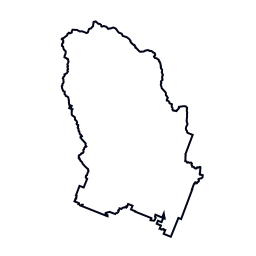 Dungog, New South Wales, Australia (Albers equal-area conic projection), rotated 12°
{"feature_id": "25037944B39236446518145", "entity_name": "Dungog", "entity_type": "district", "adm_level": 2, "iso_a3": "AUS", "parent_name": "Australia", "parent_adm1": "New South Wales", "projection": "albers", "projection_center": [151.601, -32.347], "detail": "fine", "context": "isolated", "style": "outline", "palette": "ink", "viewbox_px": 256, "rotation_deg": 12, "n_neighbors": 0, "source": "geoboundaries", "source_scale": "gbopen_adm2", "svg_char_len": 5707}
<svg xmlns="http://www.w3.org/2000/svg" viewBox="0 0 256 256"><g transform="rotate(12 128 128)"><path d="M46.4,61.5L47.2,61.6L47.5,61.8L48.5,64.0L49.6,65.1L50.7,65.5L51.3,66.5L51.3,67.7L51.5,68.4L51.0,70.2L51.1,70.4L51.1,72.0L52.8,72.5L53.3,72.4L54.1,72.9L54.2,73.2L55.1,73.2L55.6,75.0L56.1,75.6L55.5,78.6L56.5,79.8L56.5,80.1L56.0,80.8L56.3,81.6L57.1,82.5L57.2,83.0L56.8,83.4L56.8,84.5L57.0,84.9L57.5,85.3L56.8,87.1L54.7,88.8L55.2,89.6L54.6,91.2L54.1,91.8L54.1,92.5L53.9,93.0L54.6,93.6L55.5,96.7L55.2,97.9L55.0,98.1L54.7,98.7L55.0,100.0L54.5,100.9L55.0,101.8L55.2,102.7L57.0,105.4L58.5,105.6L58.9,108.0L59.6,108.3L60.5,109.6L62.2,109.9L63.2,110.4L63.7,111.7L64.1,112.4L64.1,112.8L64.7,113.9L64.8,115.2L65.7,117.6L68.3,118.0L68.1,119.5L66.6,119.3L66.4,120.8L69.2,121.2L69.3,121.0L69.8,121.1L69.3,123.0L69.6,123.7L69.9,125.7L70.4,126.8L71.2,127.5L71.7,127.5L73.9,128.7L74.2,129.6L74.2,130.4L74.6,131.0L75.8,131.5L76.8,132.6L77.0,133.2L76.9,134.1L77.1,134.5L76.9,134.8L77.2,135.2L78.6,135.4L78.9,136.4L78.7,138.0L79.0,138.1L79.2,138.7L79.7,139.0L80.2,141.0L81.0,141.3L81.1,142.0L82.5,144.3L83.5,144.5L84.7,145.6L84.2,146.1L83.7,146.3L83.4,146.7L83.5,147.3L84.4,147.8L85.3,148.8L86.9,149.7L87.3,150.3L87.9,150.5L89.7,151.8L89.6,152.0L90.0,153.5L91.2,154.7L91.1,154.9L89.9,155.5L89.3,156.8L89.5,157.8L88.9,158.5L88.9,159.0L89.5,160.6L89.0,162.0L88.7,162.2L87.9,162.3L87.5,162.8L87.2,163.8L85.9,164.7L85.6,165.4L86.1,166.8L86.4,167.2L86.0,167.3L86.1,167.7L86.4,168.2L87.5,168.7L87.8,169.3L88.6,169.8L88.6,170.2L90.0,170.8L91.0,172.3L94.1,174.6L95.9,175.7L97.1,176.2L97.6,176.7L97.6,177.3L98.3,178.3L98.2,179.4L97.8,180.0L97.7,182.6L96.9,183.2L97.0,184.1L96.8,184.8L97.4,185.6L98.1,185.9L98.3,186.4L98.6,186.4L97.0,195.4L92.6,194.7L91.1,204.8L91.8,204.9L92.0,207.4L91.8,207.4L91.5,208.8L91.3,208.6L90.9,210.9L95.5,211.7L95.4,212.4L95.8,212.2L96.8,213.5L97.8,213.8L99.0,212.5L99.6,212.5L99.3,214.0L126.4,218.6L126.4,218.3L126.1,217.6L124.0,216.2L123.7,216.0L123.8,215.7L127.4,213.9L133.3,214.8L134.0,213.8L135.1,213.3L135.7,212.7L136.1,211.5L135.6,210.9L135.6,210.5L136.4,209.9L136.5,209.3L136.4,208.4L138.4,208.5L139.0,207.5L140.2,206.7L140.9,206.6L141.8,205.7L142.0,205.7L142.6,206.1L142.8,204.9L143.5,205.1L143.9,202.3L148.6,203.1L147.9,207.1L152.4,207.9L152.3,208.3L169.6,211.3L169.2,213.5L169.4,213.5L172.5,213.3L172.8,213.2L173.2,212.4L173.8,210.1L173.5,209.7L172.9,209.3L172.8,209.0L172.9,207.1L180.0,208.5L180.8,204.3L181.8,207.1L182.5,208.1L182.7,209.1L181.1,208.8L180.4,213.1L176.5,212.5L176.0,215.7L180.5,216.5L179.9,219.9L180.7,219.7L181.6,220.4L182.2,220.4L183.5,219.4L184.0,219.5L184.4,220.2L185.6,220.1L184.9,224.1L192.5,225.5L196.0,205.5L198.9,206.0L203.6,174.7L203.3,174.7L204.2,168.8L204.9,168.6L205.0,167.2L205.4,167.0L206.2,167.1L206.8,167.7L207.0,167.5L207.3,166.5L208.1,165.9L208.4,164.9L207.6,163.8L207.6,163.3L208.0,162.9L210.1,162.0L210.3,161.7L211.1,161.0L211.2,160.5L210.9,159.5L211.0,158.9L210.9,158.6L209.8,158.5L209.3,158.7L208.9,158.4L208.1,158.7L207.7,158.4L207.7,157.2L207.5,156.6L207.7,156.0L207.4,154.9L207.2,152.6L207.0,151.4L206.8,151.1L206.3,151.1L206.0,151.4L205.4,151.7L204.9,152.2L204.0,152.0L203.8,152.1L203.3,152.8L203.4,153.3L202.6,153.6L201.9,153.3L201.5,153.4L200.9,153.0L200.5,152.4L198.8,152.5L198.6,151.6L197.7,150.8L197.9,149.5L196.9,148.7L195.3,149.3L194.3,148.9L193.2,149.6L192.9,149.5L192.1,148.5L190.9,148.6L190.8,148.4L190.6,145.8L190.1,144.3L190.2,142.7L189.6,141.9L192.7,121.3L187.1,120.3L186.0,118.3L185.5,118.1L185.0,117.2L184.7,116.6L184.7,114.6L185.4,112.3L185.2,111.9L185.2,111.3L184.5,110.3L183.8,108.8L184.0,108.3L183.6,107.1L183.6,106.2L183.3,104.0L182.7,101.7L182.7,100.4L182.2,99.7L181.8,98.4L181.9,97.4L181.5,96.7L181.6,95.9L181.4,95.7L180.1,94.9L178.7,94.9L176.6,95.5L174.3,96.5L173.6,96.6L173.3,97.1L173.7,98.1L173.0,99.4L172.2,100.2L172.0,101.3L171.7,101.5L170.7,101.3L170.3,101.5L169.7,101.3L168.7,101.6L167.6,100.8L167.7,100.2L167.4,99.3L166.3,98.1L166.0,95.6L163.6,95.2L163.3,95.0L163.0,94.0L162.6,93.6L161.3,93.0L160.2,93.0L160.1,92.6L160.2,91.3L160.7,90.3L160.6,90.0L159.9,89.5L159.4,88.8L158.3,88.1L157.8,86.1L157.3,85.3L152.7,82.0L152.1,80.6L151.1,79.0L151.0,77.8L151.3,77.1L150.6,75.8L151.2,74.2L151.7,73.9L151.7,73.4L151.2,72.1L150.9,71.9L150.7,70.5L151.1,69.6L151.1,68.9L150.6,68.6L150.6,68.0L150.3,67.6L149.4,66.4L149.5,65.2L149.3,64.1L149.0,63.6L147.9,62.9L147.8,62.2L147.3,61.7L147.5,60.8L146.7,59.6L146.7,59.0L146.2,58.1L145.3,57.1L145.2,56.5L144.3,56.1L143.9,54.9L141.5,53.9L139.8,53.9L138.7,53.0L138.5,52.6L139.1,52.2L139.3,51.6L139.4,50.7L138.9,50.1L138.7,49.4L138.2,49.1L136.8,48.9L136.3,48.4L135.1,47.9L133.4,48.1L133.0,47.9L132.6,48.0L132.1,47.7L131.0,47.7L129.5,48.5L129.0,48.5L127.6,49.9L125.0,50.6L124.5,50.9L123.9,50.7L123.5,50.8L122.3,50.1L119.7,48.2L119.2,48.1L119.0,47.7L118.4,47.7L118.0,46.4L117.5,46.0L116.9,45.9L116.8,45.4L115.0,45.1L114.2,44.3L113.1,43.8L113.0,43.5L112.3,42.9L112.4,42.3L112.3,42.1L110.3,40.5L107.7,39.4L103.7,39.0L102.4,37.2L101.0,36.8L99.7,36.8L98.0,35.8L97.5,35.3L97.0,34.6L96.1,34.1L95.7,33.6L94.9,33.1L92.6,32.8L90.4,34.2L89.2,34.5L88.6,35.0L88.3,34.7L87.5,35.0L86.5,33.9L85.7,33.5L83.1,33.3L81.5,34.2L80.9,34.2L80.2,32.7L78.4,32.0L77.3,32.3L75.2,31.0L74.5,30.9L74.2,30.5L72.4,31.3L72.3,32.3L72.6,33.2L72.4,34.4L72.7,35.7L72.0,36.6L71.0,38.4L70.4,38.6L69.3,39.3L68.9,42.1L68.9,42.7L68.0,43.6L67.3,43.7L65.1,43.2L62.5,43.0L60.8,43.6L57.8,42.7L53.3,43.4L53.0,45.1L52.9,45.8L53.1,46.1L53.0,46.5L51.6,47.4L50.9,47.1L50.3,47.2L50.2,47.7L49.3,48.4L49.3,49.5L48.9,50.5L48.2,51.1L47.0,52.7L45.9,53.6L45.0,54.1L44.8,54.4L44.8,55.0L45.7,55.0L46.5,55.9L46.6,56.5L46.5,57.1L46.9,57.5L46.4,58.4L46.5,58.8L46.2,59.1L46.0,60.2L46.4,61.1L46.4,61.5Z" fill="none" stroke="#020617" stroke-width="2"/></g></svg>